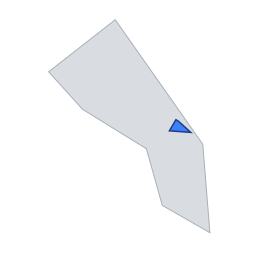 location of Pointe La Rue within Seychelles, rotated 357°
{"feature_id": "SYC-5217", "entity_name": "Pointe La Rue", "entity_type": "state/province", "adm_level": 1, "iso_a3": "SYC", "parent_name": "Seychelles", "parent_adm1": "", "projection": "albers", "projection_center": [55.516, -4.673], "detail": "fine", "context": "in_parent", "style": "filled", "palette": "blue", "viewbox_px": 256, "rotation_deg": 357, "n_neighbors": 0, "source": "natural_earth", "source_scale": "10m", "svg_char_len": 385}
<svg xmlns="http://www.w3.org/2000/svg" viewBox="0 0 256 256"><g transform="rotate(357 128 128)"><path d="M201.8,148.1L204.3,236.8L158.2,207.1L145.3,149.7L83.6,107.0L51.7,67.7L120.9,19.2L201.8,148.1Z" fill="#d9dde1" stroke="#a8b0b8" stroke-width="1"/><path d="M176.3,122.2L178.9,124.0L190.5,135.7L169.2,133.0L176.3,122.2Z" fill="#3b82f6" stroke="#1e3a8a" stroke-width="1.5"/></g></svg>